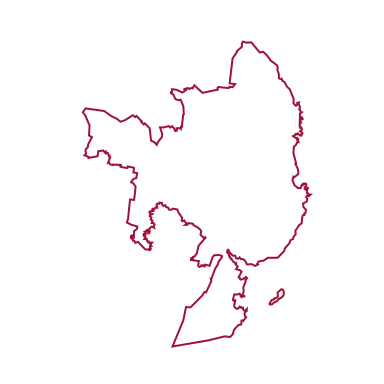 outline of Maguindanao, Maguindanao, Philippines, rotated 187°
{"feature_id": "2640588B76798451045250", "entity_name": "Maguindanao", "entity_type": "district", "adm_level": 2, "iso_a3": "PHL", "parent_name": "Philippines", "parent_adm1": "Maguindanao", "projection": "albers", "projection_center": [124.09, 6.876], "detail": "fine", "context": "isolated", "style": "outline", "palette": "rose", "viewbox_px": 384, "rotation_deg": 187, "n_neighbors": 0, "source": "geoboundaries", "source_scale": "gbopen_adm2", "svg_char_len": 5965}
<svg xmlns="http://www.w3.org/2000/svg" viewBox="0 0 384 384"><g transform="rotate(187 192 192)"><path d="M192.5,36.3L157.2,46.9L142.0,52.7L136.5,52.7L134.2,55.8L133.5,60.4L129.7,65.7L127.0,66.5L127.2,70.4L125.9,70.8L125.4,70.3L123.0,74.4L124.0,74.8L125.1,77.7L124.5,79.4L123.2,80.5L123.4,82.5L124.6,80.8L125.7,80.6L127.0,81.9L127.3,83.4L128.2,83.0L129.4,83.8L130.0,83.2L130.8,83.9L131.7,82.3L133.2,81.4L135.6,82.9L136.4,84.6L135.8,89.7L136.7,89.8L137.1,89.0L138.3,89.9L137.5,95.6L134.6,95.7L132.4,96.9L132.1,96.1L130.7,95.8L131.0,94.4L129.8,93.7L129.3,94.4L126.5,94.8L128.4,95.4L129.1,96.7L128.6,99.5L129.5,103.6L127.9,109.3L128.2,110.8L126.8,113.2L128.1,114.2L130.7,111.8L132.9,111.0L134.2,111.8L134.3,112.8L135.3,113.2L133.1,119.0L134.9,120.2L138.8,120.8L137.6,123.6L139.5,125.1L139.5,126.4L140.2,125.9L141.1,127.4L142.8,128.0L144.4,130.1L145.2,130.2L145.4,131.1L146.8,131.8L146.7,132.7L147.7,133.5L147.3,134.9L149.8,136.3L149.8,138.5L148.9,139.1L147.3,136.7L143.9,133.8L141.4,134.1L140.0,131.5L138.1,131.4L136.8,132.9L135.2,131.3L132.9,131.5L131.3,130.6L128.5,126.8L124.0,127.7L120.5,126.3L117.7,128.1L118.5,128.7L117.3,131.2L112.6,132.6L108.8,135.9L98.9,137.2L93.2,144.9L93.1,147.1L89.1,153.0L88.3,156.2L86.0,157.7L85.7,160.0L84.0,162.6L84.7,166.1L81.5,172.3L79.4,174.2L79.5,181.3L78.9,182.7L77.7,182.9L77.9,184.4L76.8,184.9L76.7,188.3L79.5,190.6L80.4,194.1L76.9,196.5L76.7,199.5L78.0,200.7L77.7,202.0L76.9,202.6L75.5,202.2L74.0,203.9L76.2,203.7L76.5,204.7L77.9,205.1L78.1,207.6L77.3,210.0L78.2,210.4L79.1,208.0L80.6,208.9L80.6,210.6L79.3,212.8L79.6,213.9L80.6,214.2L81.3,213.6L81.9,214.1L83.0,213.5L83.0,212.2L83.9,212.4L84.8,209.0L87.4,208.8L91.1,211.3L93.8,216.1L93.3,219.1L92.9,218.6L89.0,222.4L88.8,224.6L90.0,228.3L92.8,232.5L92.1,232.9L96.1,243.1L96.4,249.2L94.6,251.3L93.8,254.0L92.3,254.3L93.2,256.6L92.7,258.1L94.0,256.9L94.4,258.3L94.9,257.9L98.5,259.8L95.9,261.6L96.1,262.3L94.9,262.5L95.2,261.5L94.0,263.0L91.8,261.3L90.5,261.3L90.6,262.4L89.7,262.6L89.6,264.2L92.2,265.5L90.4,267.5L91.2,269.2L92.5,268.9L93.1,270.0L92.7,270.9L93.4,271.6L93.4,273.4L92.1,274.0L92.8,275.1L93.6,274.8L93.9,278.6L91.9,277.3L91.1,277.7L91.6,279.3L92.9,279.4L94.2,280.8L94.4,283.0L92.8,284.5L94.0,284.7L94.5,286.6L95.6,287.0L95.1,289.3L97.0,292.7L96.8,293.9L98.5,293.3L98.0,292.1L98.7,290.6L99.6,290.3L101.2,291.5L102.2,293.0L102.4,296.7L107.5,305.9L110.5,308.1L113.8,312.6L115.8,313.3L116.8,315.4L118.2,314.9L119.6,315.5L120.2,319.7L122.2,323.7L122.0,325.8L123.0,328.1L129.7,331.9L135.0,337.5L138.6,339.9L141.8,338.7L151.2,347.7L156.2,346.9L159.8,347.5L160.6,345.1L160.1,342.3L164.6,337.3L164.5,336.2L168.0,329.6L167.9,304.4L162.4,304.3L164.4,301.0L167.8,301.0L168.2,299.6L178.8,299.4L179.4,298.3L178.8,296.8L193.7,291.7L202.7,298.2L204.0,295.0L204.7,295.4L207.2,293.9L207.9,294.6L209.4,294.5L210.1,292.8L211.0,293.8L212.2,293.1L211.7,291.1L213.7,289.5L219.9,291.6L224.3,291.6L224.1,289.0L225.0,288.7L225.0,287.6L222.4,286.4L219.8,282.2L216.7,281.5L214.5,282.2L211.0,275.9L209.6,268.1L210.2,267.4L210.0,255.4L210.9,255.4L210.8,253.3L211.5,253.9L215.0,253.4L214.5,251.1L216.2,250.5L217.5,253.0L219.9,254.9L221.6,253.3L223.1,254.6L227.8,252.7L231.6,252.2L228.5,245.6L228.6,242.9L232.3,236.7L232.7,234.5L235.8,237.0L238.9,238.0L241.8,250.1L247.2,254.4L248.2,253.2L251.0,255.5L250.5,256.0L256.3,260.7L257.5,259.4L260.1,261.0L267.1,255.2L271.5,253.0L275.5,255.5L281.6,257.6L289.0,261.7L307.9,262.0L310.0,257.8L307.2,254.9L301.8,245.6L301.1,235.5L298.0,234.3L300.9,226.5L300.9,223.8L302.5,221.7L302.8,219.9L301.7,217.3L303.2,215.4L298.9,214.2L298.9,213.2L290.1,216.0L290.0,221.0L285.1,222.4L284.1,221.3L283.2,221.5L283.6,221.0L282.3,219.7L281.6,219.9L281.6,220.6L280.1,220.3L278.9,217.6L278.4,217.9L278.4,216.7L277.4,216.5L278.9,210.5L277.6,210.9L276.6,209.4L273.8,209.1L273.8,209.6L266.4,210.2L266.7,209.6L265.8,209.5L265.9,208.3L262.3,208.0L259.0,208.0L258.8,209.5L253.9,209.2L252.4,208.7L252.6,204.3L248.7,204.1L249.0,199.0L251.6,197.9L253.5,195.0L253.5,194.1L252.0,194.0L248.7,190.7L248.5,184.5L248.5,177.1L252.6,177.0L252.2,157.5L252.9,153.8L248.2,152.1L242.1,151.1L242.1,148.8L244.8,145.9L244.1,139.7L245.1,139.8L246.3,141.6L247.3,140.9L247.0,138.8L245.0,137.9L244.7,136.6L243.2,136.4L242.2,134.6L239.5,135.9L231.5,129.4L228.5,129.4L227.7,130.3L227.0,129.2L226.4,129.3L226.0,130.7L227.0,132.8L225.8,133.4L227.0,134.2L226.2,135.5L227.4,136.0L226.2,136.8L229.3,136.7L229.0,137.6L230.8,138.1L231.1,139.9L233.6,139.5L232.6,141.7L233.2,142.9L234.4,142.5L235.0,144.1L234.6,144.7L232.9,144.5L232.7,145.8L234.1,146.9L232.3,147.7L232.2,148.9L230.9,149.0L230.4,145.6L229.4,146.1L229.1,147.4L230.0,150.4L227.7,152.8L225.3,151.9L225.8,153.0L225.2,155.1L226.3,156.4L228.2,156.3L227.7,158.8L229.5,159.5L229.8,160.3L229.1,161.7L231.1,163.0L230.9,164.0L228.7,165.3L231.7,166.2L231.9,167.0L231.1,167.8L228.1,168.5L229.3,170.0L229.1,170.6L227.5,170.2L226.6,171.8L224.5,172.1L224.7,173.3L225.7,174.0L225.3,176.1L223.1,176.3L222.9,177.6L220.4,177.4L220.5,176.3L218.7,174.6L216.9,175.7L216.0,174.0L213.8,173.6L212.8,171.8L210.7,171.7L208.9,173.2L204.4,172.9L202.9,170.0L198.5,165.0L198.8,162.3L197.8,161.8L196.2,162.8L194.6,160.8L193.2,160.2L193.2,159.5L194.4,158.6L192.7,158.8L191.6,160.7L187.2,160.6L186.7,159.4L181.5,157.3L178.7,155.2L178.0,153.9L178.4,150.6L174.7,147.9L173.6,148.8L173.0,148.4L178.9,139.5L179.8,131.6L181.7,128.1L183.1,127.8L183.1,126.2L184.7,126.3L184.8,124.4L176.8,124.3L176.9,119.6L175.6,118.5L174.0,119.4L173.9,120.3L172.1,120.6L171.7,119.7L170.3,119.7L170.2,121.5L165.5,120.9L163.5,130.3L162.0,132.0L157.2,132.8L154.4,132.1L154.3,131.1L157.2,125.9L157.4,123.5L159.8,118.5L162.1,108.2L162.8,108.2L161.9,106.0L165.8,94.1L167.3,94.3L169.3,90.4L179.4,77.3L183.9,77.1L185.0,63.5L192.5,36.3ZM101.0,89.8L98.8,90.3L96.8,92.7L94.3,94.1L92.5,96.8L91.8,97.0L91.1,96.3L91.8,97.1L89.5,98.8L88.5,101.1L88.9,104.6L89.8,106.1L91.4,106.4L94.8,102.7L94.0,98.8L95.1,97.3L97.3,96.4L97.4,95.7L99.8,94.3L101.5,90.6L101.0,89.8Z" fill="none" stroke="#9f1239" stroke-width="2"/></g></svg>